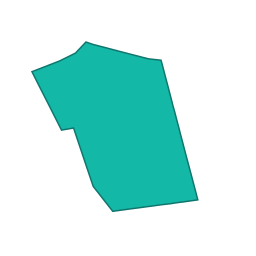 Santa Cruz Papalutla, Oaxaca, Mexico, rotated 153°
{"feature_id": "50627088B11288267250354", "entity_name": "Santa Cruz Papalutla", "entity_type": "district", "adm_level": 2, "iso_a3": "MEX", "parent_name": "Mexico", "parent_adm1": "Oaxaca", "projection": "natural_earth1", "projection_center": [-96.589, 16.954], "detail": "fine", "context": "isolated", "style": "filled", "palette": "teal", "viewbox_px": 256, "rotation_deg": 153, "n_neighbors": 0, "source": "geoboundaries", "source_scale": "gbopen_adm2", "svg_char_len": 1172}
<svg xmlns="http://www.w3.org/2000/svg" viewBox="0 0 256 256"><g transform="rotate(153 128 128)"><path d="M188.1,208.1L188.1,183.8L188.2,156.3L176.5,152.7L182.6,111.6L185.5,91.7L179.4,60.7L164.5,55.5L152.1,51.1L147.2,49.4L141.9,47.5L135.8,45.4L130.2,43.4L124.1,41.1L123.8,41.0L123.4,40.9L122.9,40.7L122.2,40.5L121.3,40.2L120.9,40.1L120.3,39.9L119.7,39.7L119.4,39.6L118.9,39.4L118.4,39.2L117.9,39.1L117.4,38.9L116.8,38.7L116.0,38.4L115.3,38.2L114.8,38.0L114.2,37.8L114.1,37.7L113.6,37.5L113.1,37.3L112.5,37.1L111.9,36.9L111.6,36.8L110.7,36.5L110.3,36.4L109.9,36.2L109.4,36.1L109.0,35.9L108.5,35.8L108.1,35.6L107.4,35.4L107.1,35.2L106.9,35.2L106.7,35.1L106.3,35.0L105.7,34.8L105.4,34.7L104.9,34.5L104.6,34.4L104.0,34.2L103.5,34.0L102.8,33.8L102.3,33.6L101.8,33.4L101.4,33.3L100.7,33.1L100.3,32.9L99.7,32.7L99.2,32.5L98.8,32.4L98.4,32.3L97.9,34.8L96.3,41.9L94.8,48.9L93.1,56.7L90.1,70.7L88.6,77.8L85.5,91.9L84.0,98.9L82.4,105.9L80.9,113.0L79.0,121.5L77.9,127.1L76.3,134.2L73.2,148.3L71.7,155.3L68.6,169.4L67.8,173.4L78.6,180.5L102.3,201.5L121.5,218.6L126.4,223.7L140.8,218.6L158.6,218.8L188.0,221.8L188.1,208.1Z" fill="#14b8a6" stroke="#0f766e" stroke-width="1.5"/></g></svg>